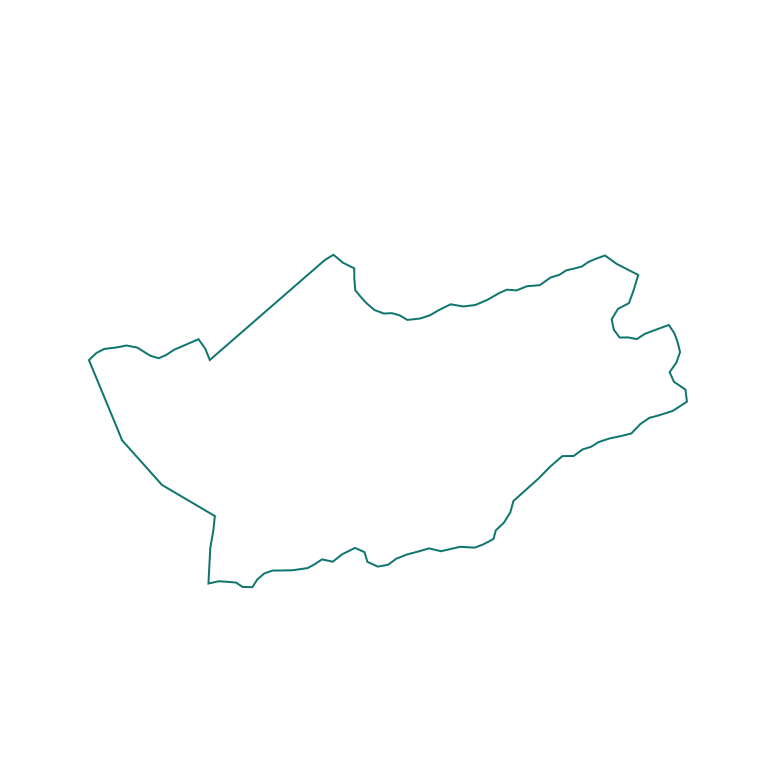 Piraí do Norte, Bahia, Brazil, rotated 229°
{"feature_id": "56859067B87975960795932", "entity_name": "Piraí do Norte", "entity_type": "district", "adm_level": 2, "iso_a3": "BRA", "parent_name": "Brazil", "parent_adm1": "Bahia", "projection": "mercator", "projection_center": [-39.385, -13.812], "detail": "fine", "context": "isolated", "style": "outline", "palette": "teal", "viewbox_px": 768, "rotation_deg": 229, "n_neighbors": 0, "source": "geoboundaries", "source_scale": "gbopen_adm2", "svg_char_len": 1666}
<svg xmlns="http://www.w3.org/2000/svg" viewBox="0 0 768 768"><g transform="rotate(229 384 384)"><path d="M171.9,601.0L181.9,607.8L195.5,604.3L205.5,607.3L208.4,618.8L213.8,628.3L222.6,632.9L231.7,636.4L241.7,637.7L246.1,626.1L250.7,613.8L252.0,604.3L259.0,598.8L264.5,592.3L274.3,593.1L283.5,598.3L287.2,609.9L284.3,621.9L291.0,633.9L299.5,647.4L322.0,638.4L336.0,635.1L339.4,626.4L342.0,618.4L342.8,610.6L346.5,603.0L350.2,596.1L351.4,587.7L355.1,579.7L356.4,566.4L364.0,556.0L367.7,545.4L374.6,538.6L377.1,530.4L379.6,517.6L383.7,504.8L390.5,494.7L400.5,486.5L403.7,474.2L405.8,463.5L409.8,454.1L417.0,443.7L425.7,440.8L432.3,436.4L437.3,430.1L446.0,425.4L456.4,423.8L464.3,423.6L473.6,423.8L483.2,430.9L490.8,437.4L502.4,432.6L514.7,430.6L516.4,420.6L516.4,354.6L516.4,303.9L516.4,268.3L528.1,272.3L539.5,273.4L543.4,261.1L547.5,248.3L548.8,238.8L551.2,230.9L558.6,226.2L573.3,221.7L582.0,214.9L586.9,206.4L594.0,195.8L596.1,187.3L595.6,177.0L521.5,152.2L513.5,149.4L453.5,150.2L395.3,169.7L385.5,159.2L374.3,145.4L348.6,120.6L343.6,129.8L337.8,135.7L331.2,142.1L323.6,144.1L317.0,151.4L319.6,160.0L319.6,169.3L316.3,177.5L311.2,183.5L303.4,192.8L295.2,205.6L293.4,213.7L292.3,222.2L283.5,228.7L283.0,240.5L279.3,254.6L269.8,259.0L260.8,254.8L250.3,259.5L244.9,268.4L244.1,278.6L240.4,289.2L234.9,300.4L230.4,310.2L220.4,317.3L211.3,334.5L201.0,345.1L197.8,353.8L195.2,364.9L200.2,372.4L200.7,383.5L204.2,395.0L210.8,405.0L211.3,438.8L212.6,454.6L212.6,471.2L205.2,480.0L204.4,490.8L200.7,499.3L199.4,507.8L194.9,518.6L189.4,528.4L184.4,538.2L185.6,551.0L184.4,562.0L180.2,570.5L174.3,584.2L171.9,601.0Z" fill="none" stroke="#0f766e" stroke-width="2"/></g></svg>